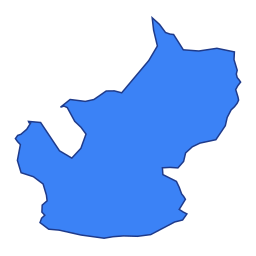 Nuvara Ĕliya, orthographic projection
{"feature_id": "LKA-2450", "entity_name": "Nuvara Ĕliya", "entity_type": "District", "adm_level": 1, "iso_a3": "LKA", "parent_name": "Sri Lanka", "parent_adm1": "", "projection": "orthographic", "projection_center": [80.707, 7.013], "detail": "fine", "context": "isolated", "style": "filled", "palette": "blue", "viewbox_px": 256, "rotation_deg": 0, "n_neighbors": 0, "source": "natural_earth", "source_scale": "10m", "svg_char_len": 1162}
<svg xmlns="http://www.w3.org/2000/svg" viewBox="0 0 256 256"><path d="M104.1,238.2L80.9,235.0L59.0,230.1L48.7,229.2L40.0,222.6L41.6,218.2L44.8,215.2L41.9,212.1L42.2,205.1L47.1,200.8L46.4,195.1L43.1,184.0L33.4,176.7L21.1,172.7L17.4,160.4L20.4,144.6L17.7,141.8L15.4,138.6L17.7,135.4L20.9,134.3L26.8,129.2L30.5,123.2L29.1,122.8L28.5,121.4L40.6,122.5L59.5,150.8L71.8,158.1L80.9,148.3L86.0,134.1L81.0,127.3L74.7,121.3L67.3,107.6L64.0,106.1L60.5,107.2L70.1,99.5L85.3,101.4L93.9,99.5L106.2,91.0L114.4,90.9L121.7,92.8L148.8,60.5L157.4,46.0L153.6,30.1L152.2,17.8L159.5,24.4L165.5,32.5L170.0,34.1L173.6,34.5L183.3,49.8L198.8,51.0L216.9,48.3L234.4,51.9L234.0,59.6L237.2,70.2L236.3,74.0L237.2,77.6L239.1,79.9L240.6,82.1L237.8,85.7L235.7,89.6L238.0,97.1L238.6,100.1L237.2,103.2L234.5,106.7L231.1,109.9L227.2,117.4L225.3,125.7L215.9,139.7L200.0,143.1L192.3,146.8L185.6,152.9L183.6,161.4L177.9,167.9L170.0,167.4L162.4,167.8L162.9,174.6L176.4,181.4L179.2,187.3L181.6,193.9L183.7,196.5L185.4,199.3L179.2,209.4L183.0,211.9L186.9,213.9L182.6,220.0L174.6,222.0L150.7,234.6L137.5,236.3L123.5,235.9L113.0,236.7L104.1,238.2Z" fill="#3b82f6" stroke="#1e3a8a" stroke-width="1.5"/></svg>